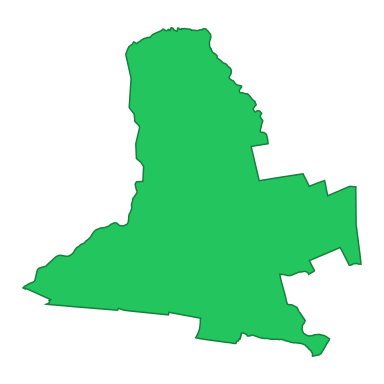 Magurele, Prahova, Romania (Natural Earth projection)
{"feature_id": "2599482B52570992106417", "entity_name": "Magurele", "entity_type": "district", "adm_level": 2, "iso_a3": "ROU", "parent_name": "Romania", "parent_adm1": "Prahova", "projection": "natural_earth1", "projection_center": [26.057, 45.099], "detail": "fine", "context": "isolated", "style": "filled", "palette": "green", "viewbox_px": 384, "rotation_deg": 0, "n_neighbors": 0, "source": "geoboundaries", "source_scale": "gbopen_adm2", "svg_char_len": 5935}
<svg xmlns="http://www.w3.org/2000/svg" viewBox="0 0 384 384"><path d="M25.3,289.0L25.6,288.3L50.7,299.6L50.4,300.3L49.3,300.4L49.1,300.5L49.4,301.3L49.5,302.3L49.5,302.5L48.0,303.5L46.3,304.2L46.8,304.3L66.7,306.0L74.0,306.7L90.6,308.0L96.3,308.5L117.6,310.2L118.4,308.4L125.1,310.5L125.6,310.3L127.1,310.6L129.4,310.9L168.4,314.9L168.9,312.3L200.6,318.2L200.3,319.9L200.3,322.5L199.9,326.6L199.3,329.8L198.7,331.5L197.6,334.2L196.4,336.6L195.7,337.7L196.3,337.9L199.2,338.5L209.6,340.1L219.0,341.3L225.8,342.3L230.7,342.8L233.3,343.4L235.7,343.5L236.2,342.9L236.2,342.5L236.3,342.1L236.9,341.3L237.4,340.9L238.0,341.0L238.5,340.8L238.6,340.7L238.6,340.2L238.7,339.8L239.0,339.6L239.3,339.0L239.8,339.2L240.1,338.9L240.2,338.5L240.1,338.0L240.7,337.5L240.7,337.3L240.4,336.9L240.8,336.3L240.8,336.1L241.2,335.4L241.0,334.8L241.2,334.3L241.1,333.6L241.2,333.3L241.7,333.0L243.1,333.0L246.5,334.4L247.4,336.0L249.7,336.0L251.7,335.1L252.5,335.0L259.9,337.7L264.5,338.5L266.6,338.4L271.2,339.2L274.1,339.3L276.5,339.2L277.9,339.3L278.9,339.7L280.2,339.4L281.1,339.4L282.7,339.7L285.7,340.8L288.2,341.3L290.8,342.2L292.0,342.5L294.4,342.9L295.5,342.7L296.7,343.0L297.7,342.9L298.6,343.2L300.4,343.3L302.3,343.8L303.0,344.2L304.3,344.6L305.1,345.0L306.4,346.5L307.4,347.2L309.3,349.5L310.3,350.1L311.2,351.2L311.6,352.2L311.8,352.4L312.2,352.6L312.4,353.6L312.5,356.2L319.0,354.9L321.1,353.6L325.5,346.2L326.2,344.6L328.1,341.8L329.3,339.9L329.5,338.8L328.6,338.3L326.6,336.9L324.4,335.6L318.9,334.4L318.4,334.4L317.6,334.6L316.0,334.6L314.0,334.9L312.7,335.5L309.5,336.0L307.7,335.7L306.2,335.1L305.3,334.2L304.1,333.8L303.9,333.6L302.7,331.6L302.5,331.0L302.5,330.3L302.0,329.4L302.0,329.0L302.4,327.6L302.2,327.1L302.2,326.6L302.8,324.8L304.2,323.0L304.4,322.2L304.7,321.8L305.2,320.9L305.1,320.3L304.7,319.8L304.3,319.6L304.3,319.1L303.8,318.8L303.6,317.9L302.8,317.2L302.3,316.1L300.6,314.1L300.6,313.4L299.7,312.6L298.9,311.6L297.3,308.1L296.8,307.4L295.5,306.5L294.9,306.4L294.3,306.0L291.9,304.8L288.9,304.6L287.4,304.3L286.2,300.2L285.9,298.3L285.3,296.2L284.7,293.4L283.8,290.7L283.3,288.6L281.7,282.9L280.8,279.3L279.8,274.2L285.0,274.8L287.4,275.6L290.1,275.6L292.7,274.7L298.4,272.3L299.5,272.1L301.9,271.9L304.8,271.3L306.8,272.0L307.3,272.3L308.0,272.9L308.7,274.4L311.4,272.7L313.8,271.5L314.0,271.3L314.3,270.7L314.2,269.9L312.1,266.2L310.4,262.6L310.0,262.1L309.4,260.6L340.2,247.5L348.5,263.6L348.8,264.4L349.2,265.2L349.7,265.3L351.3,265.0L352.4,264.5L353.6,263.7L355.1,263.8L356.2,263.3L358.5,264.1L361.0,264.2L360.8,262.0L359.7,252.4L356.4,226.8L356.2,226.1L356.1,225.2L355.8,189.4L355.9,186.8L353.8,186.8L351.0,186.4L349.5,186.4L327.7,195.8L324.6,180.5L315.8,183.7L309.3,186.3L303.0,173.8L282.0,177.0L259.2,180.7L251.2,146.8L251.2,146.4L268.1,143.7L268.0,142.7L267.5,138.6L266.7,135.7L266.7,135.1L266.3,134.4L265.3,133.4L264.4,132.8L263.6,132.5L260.6,132.1L260.3,131.5L260.5,129.2L261.2,127.0L261.6,124.1L262.7,121.5L262.7,121.1L262.7,120.4L262.5,120.1L261.0,118.2L260.2,116.3L260.2,115.7L261.7,113.4L261.2,112.7L260.4,112.0L259.7,111.0L259.5,110.9L257.2,110.8L256.3,111.3L256.0,111.7L255.0,112.0L254.1,110.8L253.4,109.5L253.1,108.8L253.2,108.6L254.1,107.4L254.8,106.0L255.8,105.5L256.0,105.3L256.1,104.5L255.9,103.9L255.3,103.2L255.1,101.9L254.9,101.4L253.7,100.6L252.2,99.2L250.8,97.3L248.8,95.0L247.1,93.7L246.6,93.8L245.5,93.7L242.2,92.7L240.1,92.7L239.8,92.3L239.5,91.8L239.4,90.4L239.7,89.6L241.4,87.3L241.6,87.0L241.6,86.1L239.2,85.4L237.4,85.1L236.8,84.8L235.1,83.5L234.4,82.5L233.8,81.3L233.5,81.0L231.2,79.9L229.7,78.7L229.4,78.2L229.2,77.7L229.2,77.3L229.5,76.5L231.0,73.8L231.2,72.6L231.3,71.6L231.2,70.2L230.6,68.6L230.2,68.1L227.7,66.1L227.3,65.4L226.3,64.3L225.5,63.7L224.8,63.4L223.7,63.1L223.2,62.9L220.1,60.0L217.6,58.3L217.3,58.1L217.1,57.1L217.1,56.1L216.9,55.5L216.1,54.7L212.7,52.3L212.4,51.9L211.4,49.9L211.1,48.7L210.3,47.9L209.7,46.6L209.4,43.1L209.7,41.0L210.8,37.7L210.7,35.0L210.6,34.6L210.3,34.0L209.5,33.2L208.1,31.1L206.3,29.7L206.0,29.0L204.3,28.7L203.1,28.9L202.5,29.2L201.8,29.8L200.0,29.8L197.6,30.6L192.6,30.2L192.3,30.2L191.9,30.5L191.4,30.3L191.1,29.6L190.9,29.4L190.1,29.2L185.8,28.8L184.7,28.5L183.6,28.8L181.6,28.7L181.3,28.8L181.2,29.5L179.3,29.1L178.8,28.3L177.9,28.0L177.6,28.2L177.2,31.2L176.8,31.4L173.6,29.8L173.4,28.9L173.2,28.5L172.6,28.1L172.0,27.9L171.1,27.8L170.7,28.2L170.6,29.2L170.3,30.2L170.0,30.5L169.7,30.6L169.2,30.3L169.0,29.5L168.9,29.4L168.7,29.4L166.9,30.5L166.2,30.8L165.0,30.2L164.3,29.6L163.0,29.0L161.6,30.5L161.0,30.8L156.6,32.7L152.6,34.6L152.2,34.9L150.8,36.7L150.5,37.0L149.0,37.5L147.1,37.5L145.3,38.4L144.8,38.3L143.2,39.0L142.1,39.6L140.0,41.3L138.0,42.4L136.8,43.6L133.8,41.9L132.4,44.0L131.0,45.2L128.8,46.8L126.7,51.5L125.8,54.6L131.1,78.3L129.2,107.6L134.2,114.1L134.9,121.6L139.1,125.7L139.6,127.8L135.8,143.7L136.4,158.5L140.9,162.3L143.6,166.5L142.9,181.4L137.0,181.7L136.2,182.2L135.5,183.3L135.2,184.2L135.2,184.8L136.1,188.8L137.1,191.5L137.1,192.3L135.9,194.4L133.1,198.2L132.7,199.3L132.5,201.1L131.5,204.5L131.5,205.3L131.7,206.5L131.7,207.6L131.6,208.9L131.1,210.0L130.7,211.5L129.5,213.6L129.0,214.8L128.8,215.9L128.6,219.0L128.4,220.9L127.9,223.0L127.6,223.7L125.5,225.0L123.6,225.8L122.5,225.9L120.8,225.8L119.4,225.4L118.6,224.8L116.8,223.1L115.6,222.9L114.1,222.9L110.7,224.4L109.2,225.8L107.7,226.5L103.9,227.8L100.9,227.9L96.4,229.7L95.3,230.4L94.1,231.5L92.6,233.6L90.5,237.1L88.2,239.4L85.7,241.2L84.5,242.8L83.6,243.4L82.2,244.0L81.3,244.2L80.6,244.7L78.9,246.4L78.1,246.9L77.0,247.4L76.1,248.3L75.3,249.4L73.2,252.8L72.6,253.6L70.8,254.9L69.6,255.6L68.6,256.0L67.3,256.3L64.5,256.0L61.3,255.4L59.9,255.3L58.6,255.5L56.4,256.5L54.8,257.7L51.4,261.0L49.0,263.0L45.7,266.3L42.1,267.2L39.9,267.9L38.7,268.5L38.0,269.2L37.5,269.9L36.9,271.6L35.6,277.5L34.9,280.2L34.5,281.0L33.6,281.9L32.8,282.3L31.3,282.7L28.4,284.1L27.0,285.0L24.5,286.3L23.0,287.9L25.3,289.0Z" fill="#22c55e" stroke="#15803d" stroke-width="1.5"/></svg>